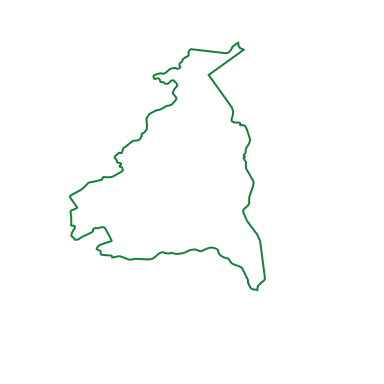 an SVG outline of Mashonaland Central, rotated 55°
{"feature_id": "ZWE-524", "entity_name": "Mashonaland Central", "entity_type": "Province", "adm_level": 1, "iso_a3": "ZWE", "parent_name": "Zimbabwe", "parent_adm1": "", "projection": "equal_earth", "projection_center": [30.9, -16.688], "detail": "fine", "context": "isolated", "style": "outline", "palette": "green", "viewbox_px": 384, "rotation_deg": 55, "n_neighbors": 0, "source": "natural_earth", "source_scale": "10m", "svg_char_len": 5367}
<svg xmlns="http://www.w3.org/2000/svg" viewBox="0 0 384 384"><g transform="rotate(55 192 192)"><path d="M96.3,68.5L99.1,70.1L101.7,70.0L105.1,68.1L105.3,77.7L105.4,88.9L105.6,103.0L105.7,111.2L115.6,111.1L121.9,111.1L136.2,110.9L145.6,110.9L149.5,111.9L153.0,115.1L154.5,117.1L155.8,118.4L157.2,118.7L159.2,117.5L160.2,116.4L161.8,114.0L163.1,113.1L163.9,113.4L164.5,114.1L165.2,114.1L165.9,112.5L168.1,110.7L172.0,111.1L180.9,113.8L182.6,114.6L184.0,116.0L185.3,118.0L186.9,122.0L188.0,123.6L189.7,124.9L190.6,125.7L191.0,126.7L191.2,127.8L191.8,128.6L192.1,128.7L192.8,128.5L193.2,128.4L193.6,128.7L193.5,129.3L193.4,129.9L193.6,130.2L195.3,130.5L197.2,130.5L198.9,130.8L200.3,132.1L203.6,134.2L218.3,135.5L220.4,136.8L222.8,139.3L228.1,146.9L229.8,148.7L233.5,151.2L234.5,152.4L235.3,154.5L235.7,159.0L236.5,160.7L237.9,161.6L247.0,163.5L264.3,163.0L271.2,164.3L280.2,169.0L294.1,176.3L304.5,181.7L305.5,182.9L305.9,184.6L306.0,187.3L306.8,192.0L309.2,194.3L309.7,194.6L309.3,194.8L307.0,197.7L305.5,198.6L303.9,198.9L298.9,198.3L298.1,197.9L296.6,196.9L295.8,196.6L284.0,194.7L281.8,195.0L279.6,196.1L275.4,199.3L273.1,200.4L271.9,200.5L268.3,200.4L267.3,200.6L266.6,201.1L265.1,202.4L263.5,203.6L261.5,204.6L259.4,205.2L257.5,205.3L256.7,205.1L255.3,204.3L254.5,204.1L253.2,204.4L251.8,205.1L249.3,207.1L248.4,208.4L247.6,210.1L247.0,212.0L246.0,217.6L245.5,218.7L244.7,219.7L241.9,221.5L240.6,222.9L239.5,224.7L238.6,226.8L238.0,228.9L237.5,232.8L237.1,233.9L235.1,238.2L233.9,240.1L232.5,241.7L230.8,243.0L230.4,243.5L229.9,244.3L229.1,246.1L228.6,246.9L227.6,248.1L225.4,249.8L224.4,250.8L223.7,252.5L223.5,254.6L223.7,256.8L224.0,258.7L224.1,261.9L223.2,264.6L221.8,267.0L214.4,276.5L212.9,279.5L212.7,280.5L211.1,282.4L203.2,287.9L202.8,288.6L201.8,290.6L200.9,292.9L200.4,294.0L199.8,294.9L199.3,294.7L198.7,294.4L198.2,294.4L197.3,295.2L192.6,300.9L191.7,301.9L190.7,302.4L187.7,300.8L186.7,301.3L184.8,302.6L184.0,302.8L183.4,301.9L182.9,300.8L182.6,299.5L182.5,298.3L182.7,297.1L185.7,287.1L185.8,286.4L185.8,285.7L185.0,285.5L171.3,283.9L170.1,284.7L169.0,286.2L167.6,290.0L165.7,292.7L165.6,293.3L166.1,294.8L166.7,295.3L167.3,295.4L167.5,296.4L167.6,297.3L165.8,307.1L165.6,312.2L164.9,314.0L164.3,314.8L163.7,315.2L163.2,315.3L161.6,315.3L160.7,315.7L159.7,315.9L158.8,315.8L158.4,315.7L157.9,315.3L156.5,313.6L154.1,308.4L152.5,307.7L151.9,308.1L151.4,308.7L151.0,309.5L150.4,310.1L149.9,310.0L149.3,309.7L148.1,308.6L144.0,305.8L139.2,303.2L138.3,302.6L138.0,301.8L138.0,300.7L138.2,299.9L138.8,297.6L139.1,295.6L139.0,295.1L138.5,294.9L126.2,295.0L125.9,294.8L125.4,294.3L125.4,291.5L126.5,281.7L126.4,280.1L126.3,278.2L125.1,271.6L125.3,270.8L125.5,270.1L126.7,267.6L130.0,259.5L130.1,258.9L130.1,258.3L129.7,257.7L129.3,257.3L129.0,256.8L128.9,256.3L129.2,255.7L129.5,255.2L129.9,254.9L131.2,253.2L132.3,251.6L133.4,249.6L133.6,249.1L133.9,247.9L134.9,238.2L134.9,237.5L134.8,236.8L134.3,236.2L133.9,235.9L132.8,235.4L132.3,235.3L131.8,235.3L131.4,235.4L130.9,235.7L130.2,236.4L129.8,236.7L129.5,236.6L129.1,236.2L129.0,235.1L128.7,234.3L128.2,233.9L127.8,233.9L127.3,234.2L126.1,235.1L125.1,236.1L124.7,236.3L124.2,236.2L123.8,236.0L123.5,235.7L123.0,235.5L122.5,235.4L120.3,235.7L119.8,235.7L119.3,235.5L118.9,235.2L118.7,234.7L118.3,232.3L118.2,229.2L118.3,228.8L118.6,228.5L118.9,228.3L119.3,228.0L119.5,227.6L119.6,227.0L119.3,226.4L119.0,226.0L117.6,224.5L117.3,224.0L117.0,223.5L116.8,222.6L116.3,212.3L116.4,211.5L116.5,210.8L116.7,210.2L116.9,209.7L118.3,207.4L118.7,206.2L118.8,205.6L118.8,204.7L118.5,203.7L117.9,202.2L117.5,201.4L117.1,200.9L116.6,200.6L116.2,200.3L115.8,200.0L115.4,199.6L115.6,199.0L115.8,198.4L115.9,197.7L115.9,196.9L114.6,193.0L114.3,192.7L114.1,192.5L113.4,192.1L110.6,189.9L110.1,189.6L109.1,189.4L108.7,189.2L107.9,188.5L107.5,188.1L106.1,187.4L105.7,187.1L105.4,186.5L104.7,184.8L103.9,183.1L103.7,182.3L103.7,181.3L104.3,176.3L105.0,173.6L105.2,173.0L105.8,172.0L106.1,170.8L106.7,167.1L106.9,164.1L107.0,163.7L107.3,162.7L108.5,160.0L108.6,159.4L108.7,158.4L108.5,157.0L107.9,154.4L107.5,153.0L106.8,151.4L106.2,151.0L105.6,150.8L100.6,151.1L100.1,151.0L99.8,150.8L99.5,150.5L98.0,148.2L97.6,147.5L96.9,144.4L96.5,143.4L96.1,142.8L95.6,142.6L94.4,142.4L93.8,142.4L90.7,142.9L89.8,143.4L89.4,143.7L89.2,144.2L89.0,144.8L88.9,145.4L89.0,146.1L89.4,148.5L89.4,149.2L89.3,149.8L89.1,150.4L88.9,150.8L88.5,151.3L88.2,151.6L87.8,151.9L85.8,152.4L85.4,152.7L85.1,153.1L84.5,154.0L84.2,154.4L83.8,154.6L83.4,154.6L81.4,154.0L80.9,154.0L80.4,154.1L79.5,154.5L79.2,154.9L78.9,155.3L78.7,155.9L78.3,157.1L78.1,157.6L77.7,157.9L77.3,158.0L76.8,157.9L75.8,157.5L75.3,157.3L74.9,157.0L74.7,156.3L74.8,155.1L76.3,150.6L76.9,149.5L77.3,149.0L78.4,148.0L78.7,147.5L79.0,146.8L79.1,145.9L79.1,144.3L78.7,140.4L78.7,139.7L78.8,138.8L79.1,137.8L80.2,135.5L80.6,134.9L82.9,133.0L83.2,132.5L83.3,131.8L83.3,130.7L83.0,130.0L82.7,129.6L82.2,129.6L81.7,129.6L81.2,129.7L80.8,129.5L80.4,129.2L80.1,128.9L79.6,127.9L79.5,127.3L79.4,126.6L79.5,126.0L79.4,125.5L79.3,125.2L78.7,124.5L78.5,124.0L78.2,123.5L78.1,123.0L77.9,121.7L77.9,120.7L78.3,117.6L78.2,116.6L77.9,116.0L76.0,115.1L75.6,114.8L75.0,114.0L74.7,113.5L74.5,113.0L74.4,112.3L74.3,111.7L74.4,111.3L74.5,111.0L74.8,110.5L97.7,84.7L98.4,83.3L98.7,81.6L98.0,79.0L97.6,77.8L96.5,76.2L96.2,74.5L96.1,69.8L96.3,68.5Z" fill="none" stroke="#15803d" stroke-width="2"/></g></svg>